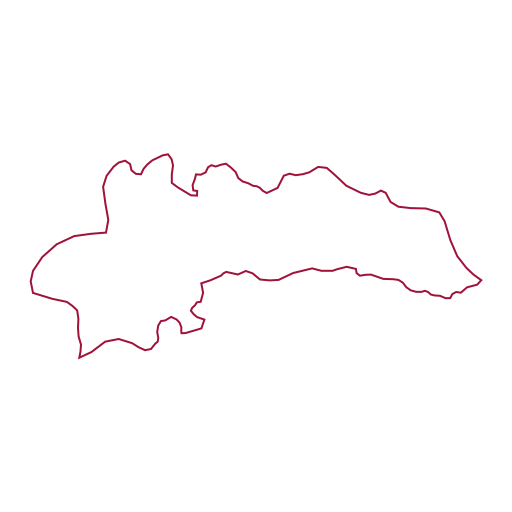 map outline of Shinyanga (Mercator projection)
{"feature_id": "TZA-3358", "entity_name": "Shinyanga", "entity_type": "Region", "adm_level": 1, "iso_a3": "TZA", "parent_name": "United Republic of Tanzania", "parent_adm1": "", "projection": "mercator", "projection_center": [32.976, -3.814], "detail": "fine", "context": "isolated", "style": "outline", "palette": "rose", "viewbox_px": 512, "rotation_deg": 0, "n_neighbors": 0, "source": "natural_earth", "source_scale": "10m", "svg_char_len": 2065}
<svg xmlns="http://www.w3.org/2000/svg" viewBox="0 0 512 512"><path d="M359.9,275.7L356.6,273.1L355.9,268.9L346.7,266.8L337.2,269.2L332.6,270.8L321.4,270.8L312.2,268.4L293.2,273.0L278.6,279.9L269.8,280.4L260.0,279.5L252.5,273.3L245.8,271.0L237.9,274.5L226.2,271.9L223.3,273.4L221.0,275.7L210.4,280.3L201.3,283.3L203.1,292.8L200.7,301.8L196.8,302.4L194.9,305.4L192.1,307.9L190.9,310.8L193.7,314.2L197.1,317.1L204.4,319.6L201.4,328.4L185.4,333.1L181.5,333.2L181.2,330.5L181.4,327.4L179.6,322.7L176.5,319.4L171.1,316.9L165.3,320.4L160.9,321.1L158.3,325.4L157.2,331.9L158.3,338.1L157.7,341.7L155.2,343.7L151.0,349.0L145.0,350.2L138.4,347.1L132.2,343.2L118.7,339.0L105.1,341.7L91.5,352.0L79.3,357.7L80.5,351.4L81.0,344.6L78.6,336.4L78.0,327.9L78.4,318.9L77.2,310.4L72.4,305.9L66.9,301.9L52.2,298.8L33.0,292.9L30.7,281.4L33.0,270.9L42.3,257.0L56.8,244.2L74.2,236.1L91.0,233.8L106.0,232.6L108.3,219.9L105.4,203.6L103.1,186.8L106.6,175.8L113.7,166.6L118.8,162.5L125.1,160.7L130.1,164.1L131.5,170.3L135.8,173.8L141.0,174.3L143.6,168.8L147.5,164.3L152.4,160.3L162.6,155.4L168.0,154.3L171.6,159.2L173.0,165.3L171.8,174.5L171.8,182.9L177.7,187.3L190.9,195.3L197.0,195.6L197.2,191.0L193.3,190.4L192.6,185.2L194.9,178.9L196.0,174.4L200.8,174.7L205.6,172.4L208.1,167.2L211.4,165.2L215.7,166.5L221.1,164.7L225.9,163.7L231.0,167.6L235.6,172.0L238.3,178.1L242.7,181.5L248.1,183.2L253.1,185.8L256.5,186.2L259.6,187.6L262.8,190.8L266.7,193.0L277.6,187.9L283.8,175.7L289.6,173.7L295.7,175.2L302.8,174.2L309.3,172.3L318.2,166.9L326.8,167.9L334.7,174.8L346.4,185.8L360.8,192.8L369.1,194.9L375.2,193.6L380.9,190.6L385.7,192.8L390.5,201.9L398.3,206.7L410.6,208.1L425.8,208.5L439.3,212.4L444.6,221.2L450.3,240.0L457.2,256.1L466.4,267.9L473.4,274.5L481.3,280.2L477.1,284.7L467.1,287.3L460.8,292.7L456.1,292.0L452.3,294.1L450.2,298.1L445.6,298.2L440.0,295.8L434.1,295.4L430.8,294.5L428.2,292.1L425.0,290.8L421.3,291.9L416.0,291.8L410.6,290.3L406.2,287.1L402.8,282.6L398.4,279.9L393.2,279.2L383.3,278.9L371.0,274.6L365.3,274.8L359.9,275.7Z" fill="none" stroke="#9f1239" stroke-width="2"/></svg>